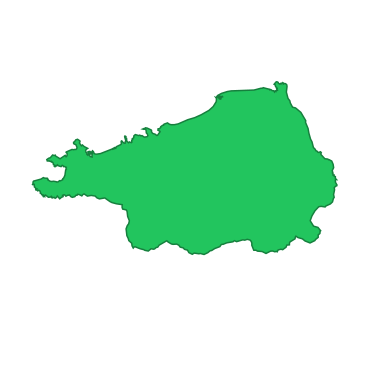 the district of Bolaang Mongondow Utara, Sulawesi Utara, Indonesia, rotated 332°
{"feature_id": "22746128B96389329417801", "entity_name": "Bolaang Mongondow Utara", "entity_type": "district", "adm_level": 2, "iso_a3": "IDN", "parent_name": "Indonesia", "parent_adm1": "Sulawesi Utara", "projection": "natural_earth1", "projection_center": [123.364, 0.76], "detail": "fine", "context": "isolated", "style": "filled", "palette": "green", "viewbox_px": 384, "rotation_deg": 332, "n_neighbors": 0, "source": "geoboundaries", "source_scale": "gbopen_adm2", "svg_char_len": 6019}
<svg xmlns="http://www.w3.org/2000/svg" viewBox="0 0 384 384"><g transform="rotate(332 192 192)"><path d="M325.5,140.3L324.1,139.4L323.5,139.5L323.9,138.8L323.5,138.2L323.3,138.5L321.8,137.8L321.2,138.4L320.9,137.8L320.0,137.8L319.4,136.5L319.5,135.6L318.7,134.5L317.9,134.3L315.1,135.4L315.7,136.3L315.3,138.2L315.6,138.7L315.4,139.7L316.0,140.4L315.8,140.8L315.1,140.9L315.1,142.3L313.4,141.9L313.3,142.0L313.3,142.4L313.2,142.6L312.6,141.9L311.8,142.4L311.7,141.0L310.3,140.1L309.9,138.9L308.7,137.7L308.5,138.0L308.2,137.3L303.8,133.3L303.1,133.5L301.4,132.7L294.6,131.1L274.0,121.1L270.4,119.9L264.5,118.8L260.1,118.8L258.8,119.3L258.9,119.6L260.3,119.5L261.6,120.4L262.2,121.5L263.7,121.8L263.7,122.3L262.5,122.1L261.0,123.4L260.7,123.4L260.2,123.0L259.8,122.2L259.7,120.0L257.7,120.3L257.4,119.9L257.5,121.0L255.8,123.6L250.9,126.5L245.3,127.9L236.0,128.1L229.1,127.6L222.2,126.2L211.8,125.4L208.1,124.3L205.2,122.8L203.9,121.6L202.8,119.5L199.4,119.0L198.7,119.1L198.3,119.7L197.3,119.3L195.0,119.7L194.8,120.2L193.0,120.8L191.7,120.3L190.9,121.5L192.2,123.4L192.1,123.8L188.1,125.8L187.4,125.5L186.7,123.8L184.7,121.7L184.5,120.0L185.2,118.5L185.0,117.9L182.4,114.5L180.9,113.4L180.2,113.8L179.9,114.6L180.6,115.6L179.4,118.4L179.8,119.5L179.5,121.6L178.3,122.1L175.7,121.2L174.3,118.7L173.3,118.5L172.6,117.3L171.4,117.1L168.9,114.7L167.1,115.1L166.0,116.7L164.2,117.0L164.2,117.8L163.1,118.0L162.1,119.9L161.5,119.9L160.2,118.4L159.1,118.7L158.2,116.5L158.9,115.3L158.5,114.5L159.4,113.9L158.9,113.0L159.7,112.0L159.1,111.1L158.5,111.5L157.5,115.9L156.6,116.3L155.9,117.5L155.0,117.0L154.4,116.0L154.2,114.4L153.7,113.8L153.2,114.1L152.2,116.3L151.5,116.7L146.7,116.5L145.0,117.5L143.3,117.2L144.2,116.8L145.1,117.1L144.9,116.5L141.2,116.5L129.2,115.1L125.5,113.8L124.2,112.9L123.7,111.9L123.9,110.1L123.5,108.9L122.8,109.3L121.9,111.7L121.2,112.1L120.2,114.2L118.7,112.9L118.9,111.3L118.6,110.4L117.7,109.9L117.5,111.3L116.8,109.4L117.5,108.4L117.0,107.2L117.7,105.2L118.6,104.7L120.4,104.5L118.1,101.2L117.3,99.0L116.0,99.3L115.6,95.9L116.8,94.9L117.0,94.2L115.7,91.7L113.9,91.4L111.9,92.4L110.8,92.5L110.3,93.5L110.4,94.2L111.7,95.7L111.4,98.7L110.5,99.7L109.5,100.0L108.6,99.4L107.5,99.2L106.0,98.1L99.7,97.6L99.4,98.0L99.9,99.2L99.1,100.8L97.8,101.8L97.3,101.7L97.2,100.1L91.1,100.7L88.4,96.1L88.6,95.3L87.4,95.0L86.3,93.9L83.0,95.2L81.2,94.9L79.0,95.2L78.8,96.7L79.6,96.9L80.2,97.6L80.6,97.5L81.5,98.8L82.3,99.0L82.2,99.8L82.8,100.2L83.0,101.2L82.5,102.8L83.5,104.1L82.5,104.6L82.7,105.2L83.5,105.5L85.9,104.8L86.1,106.0L86.7,106.1L86.9,106.7L88.3,108.1L89.9,107.5L90.5,108.3L90.5,109.3L91.3,109.6L92.6,111.2L92.0,111.6L91.8,112.9L90.9,113.1L87.7,117.5L85.4,119.3L84.0,119.7L83.7,120.4L81.1,120.4L80.4,119.8L78.5,120.2L77.1,119.6L77.0,119.2L74.8,117.5L72.9,116.8L71.7,115.8L70.4,113.5L70.5,113.2L70.8,113.4L70.8,112.0L68.4,110.6L67.5,109.5L64.8,109.7L57.2,108.0L56.4,108.5L55.3,110.3L54.1,110.6L55.6,110.6L55.7,111.4L56.2,111.4L55.2,113.6L55.7,114.4L55.6,115.4L56.4,116.3L55.2,116.5L55.2,117.1L56.0,117.3L56.4,118.6L57.2,118.4L58.1,119.3L58.1,120.7L57.5,121.8L58.0,122.3L58.1,123.9L58.6,124.6L59.1,124.5L59.4,125.4L58.6,125.6L58.6,126.3L59.4,126.2L59.8,126.9L60.4,125.9L61.3,126.0L62.7,129.2L64.9,130.1L65.3,129.7L65.9,129.8L66.0,130.4L65.5,130.9L65.7,131.6L67.8,132.0L68.2,133.3L69.7,133.2L71.2,132.3L72.0,135.9L74.4,135.4L75.8,135.6L76.3,135.2L76.2,134.2L77.3,134.3L78.2,134.8L78.7,136.5L80.5,136.5L82.5,137.2L82.7,139.0L83.8,140.5L86.3,141.1L88.0,140.4L89.0,140.9L89.8,140.3L91.1,141.2L92.9,143.7L94.5,143.0L95.8,143.0L97.7,146.5L101.4,147.7L104.6,150.1L105.3,152.5L107.0,154.6L112.2,156.3L115.1,162.0L116.3,163.7L119.7,166.9L124.4,170.4L123.0,172.9L122.8,174.6L125.5,176.9L125.6,178.6L123.7,183.4L123.2,188.0L121.2,190.3L119.1,191.3L116.5,193.6L114.0,200.0L113.9,203.0L113.4,205.3L114.7,208.9L113.8,211.4L113.8,213.9L115.1,213.4L116.0,213.6L119.7,217.9L122.3,220.2L123.0,221.4L125.7,223.6L129.2,222.9L131.1,224.4L132.3,224.7L134.1,224.2L135.9,224.6L138.0,223.5L146.8,223.2L147.4,224.9L149.4,228.2L150.7,229.3L154.0,230.8L155.4,232.8L155.7,235.1L158.1,237.3L158.4,239.0L160.7,241.2L160.8,244.1L163.0,247.1L165.3,247.0L169.1,249.8L170.5,250.2L173.3,252.8L177.5,253.0L180.4,252.4L181.9,252.9L185.5,252.6L191.0,253.3L192.5,252.4L193.9,252.2L194.9,252.8L198.8,253.2L204.8,255.2L206.6,254.9L208.1,256.8L214.4,258.1L216.0,259.3L218.5,259.7L220.6,261.5L221.1,263.4L220.8,265.3L219.8,267.1L219.2,272.4L221.2,273.5L222.0,274.9L226.0,277.5L228.5,281.0L233.6,281.1L235.5,282.0L237.1,283.7L238.7,284.1L239.1,284.8L240.9,283.6L243.7,284.3L245.0,285.5L249.1,284.9L250.8,283.4L253.2,284.4L254.2,282.7L255.1,282.1L261.0,281.7L261.9,280.4L263.0,279.8L264.2,282.0L267.5,285.2L268.8,288.3L272.3,292.4L277.6,292.6L278.9,291.9L282.1,291.3L283.3,289.1L285.4,288.7L286.8,286.7L287.4,286.6L286.6,282.4L283.3,279.2L282.9,273.3L282.9,272.8L286.7,269.4L291.8,266.3L297.0,264.5L299.3,265.3L302.5,267.7L303.8,267.2L308.6,267.5L311.4,266.7L313.7,264.2L315.0,263.5L315.8,260.7L318.9,257.0L319.6,255.0L321.5,254.3L322.7,254.5L323.3,253.9L323.2,251.0L324.1,248.8L324.6,248.4L325.4,248.9L325.0,247.2L325.8,245.7L325.0,244.9L325.4,243.7L324.6,243.6L324.4,243.1L325.1,242.2L324.9,241.1L325.5,240.9L325.8,239.0L328.5,237.0L329.6,233.8L329.9,230.3L328.3,227.9L327.6,227.5L327.4,226.7L324.9,225.0L323.5,219.6L323.7,218.6L324.6,218.1L324.5,217.2L324.2,216.7L322.7,216.7L321.8,215.9L321.5,214.5L320.8,213.8L320.8,212.0L320.1,209.7L321.5,204.0L321.5,201.0L322.8,195.0L324.3,190.4L324.9,183.9L325.9,182.4L325.5,172.8L322.9,166.4L320.6,164.3L320.6,159.6L321.2,157.3L320.7,154.5L322.2,148.1L325.4,143.5L326.0,141.9L325.5,140.3ZM120.4,107.9L119.0,107.7L118.9,108.7L119.3,110.7L120.5,110.8L120.8,109.6L120.4,107.9ZM261.1,123.3L261.7,122.5L260.6,122.0L260.2,120.6L260.1,122.6L261.1,123.3ZM261.6,122.0L261.8,121.6L261.5,120.8L260.5,120.3L260.6,121.4L261.6,122.0ZM121.4,110.9L121.7,110.1L121.5,109.4L120.9,110.3L121.4,110.9ZM179.4,114.0L179.2,113.4L178.1,113.3L178.9,114.0L179.4,114.0Z" fill="#22c55e" stroke="#15803d" stroke-width="1.5"/></g></svg>